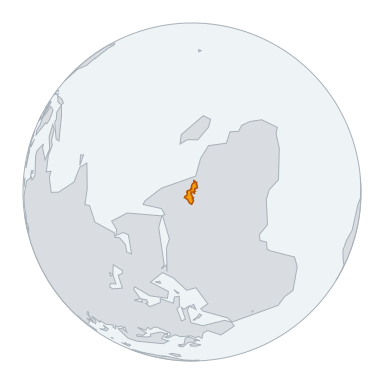 Eastern highlighted on a globe, orthographic projection, rotated 207°
{"feature_id": "KEN-889", "entity_name": "Eastern", "entity_type": "National Capital Area", "adm_level": 1, "iso_a3": "KEN", "parent_name": "Kenya", "parent_adm1": "", "projection": "orthographic", "projection_center": [37.864, 0.691], "detail": "fine", "context": "on_globe", "style": "filled", "palette": "amber", "viewbox_px": 384, "rotation_deg": 207, "n_neighbors": 0, "source": "natural_earth", "source_scale": "10m", "svg_char_len": 8907}
<svg xmlns="http://www.w3.org/2000/svg" viewBox="0 0 384 384"><g transform="rotate(207 192 192)"><circle cx="192" cy="192" r="169" fill="#eef3f6" stroke="#a8b0b8"/><path d="M23.6,178.8L23.5,179.6L23.2,187.0L23.1,191.4L23.4,192.8L23.4,195.8L27.0,200.9L31.1,208.7L32.4,219.0L31.9,230.6L38.3,255.5L39.2,263.2L44.0,273.2L48.8,281.7L42.8,271.3L37.6,260.6L33.1,249.5L29.4,238.1L26.6,226.4L24.6,214.7L23.4,202.7L23.0,190.8L23.6,178.8ZM320.6,82.4L321.9,84.0L324.3,87.0L330.6,95.3L331.4,96.6L327.1,90.6L324.7,87.8L322.1,84.5L322.6,86.1L318.9,81.4L321.0,85.5L324.5,89.5L325.5,89.4L329.0,95.6L335.0,103.4L340.0,112.3L344.4,127.0L342.4,130.9L343.2,133.8L340.1,130.1L339.5,135.6L347.8,153.4L348.8,158.5L346.1,167.5L345.4,163.7L337.4,153.8L338.4,165.8L344.5,176.6L346.7,189.0L343.1,184.8L340.5,173.9L337.7,170.1L336.7,159.5L331.0,143.8L327.1,146.4L325.8,140.3L317.3,127.7L310.8,131.3L301.7,147.2L303.2,163.1L298.8,170.1L286.7,147.0L281.7,132.0L277.1,133.4L264.8,121.1L242.9,120.4L240.0,116.6L235.8,118.4L227.3,114.8L223.0,108.9L217.7,109.3L229.2,125.0L234.9,124.7L240.0,118.6L242.1,124.4L250.4,129.6L240.3,143.8L208.1,157.0L205.5,145.2L183.6,114.3L184.5,110.9L184.5,110.6L184.2,109.9L181.7,115.4L178.1,109.7L189.3,130.6L190.9,140.0L207.7,157.7L206.0,159.6L211.5,163.4L229.9,158.7L229.9,162.8L220.9,181.6L195.9,207.8L199.6,225.6L198.3,240.8L183.5,251.1L185.5,262.9L178.0,267.2L178.0,273.9L172.4,281.1L162.7,288.0L145.3,288.4L143.7,282.3L134.1,270.6L120.5,242.2L124.2,229.1L122.4,219.0L109.9,197.1L112.6,184.7L109.4,179.7L102.8,181.2L99.2,175.2L95.3,175.2L71.1,180.6L64.3,173.1L57.3,150.2L62.1,140.6L63.8,130.1L97.1,94.5L103.2,96.0L128.2,90.9L131.2,92.0L127.1,99.6L145.0,108.5L152.1,102.0L169.4,107.0L181.7,106.8L188.0,92.8L167.9,92.7L165.6,86.2L182.5,80.4L200.1,81.5L199.8,79.0L189.5,73.5L194.5,69.3L186.1,71.3L188.8,73.7L183.6,75.3L180.8,73.3L182.7,71.7L177.6,70.7L170.0,79.2L171.9,82.6L158.1,84.3L160.0,90.4L156.0,93.3L151.2,84.3L152.4,81.0L142.7,72.3L140.2,75.8L149.1,84.5L145.9,83.9L142.6,89.5L142.6,84.7L133.5,75.1L121.6,77.8L104.9,92.3L98.3,94.0L93.5,91.8L101.3,77.7L115.1,75.7L118.1,71.5L116.7,66.1L121.0,66.2L122.2,64.0L127.5,63.4L136.5,57.9L142.2,57.2L147.1,51.1L150.6,50.1L146.7,53.8L147.0,56.4L161.3,55.7L164.5,54.4L166.5,50.7L170.2,51.3L170.3,47.9L179.2,46.7L168.5,45.6L170.6,42.1L176.7,39.6L175.4,38.5L165.5,42.7L163.3,44.7L164.5,46.5L156.7,52.8L151.5,54.0L152.4,47.4L145.1,48.7L148.9,43.7L173.3,34.1L182.8,32.7L195.6,36.7L192.6,38.5L186.5,37.7L190.9,41.2L191.1,39.6L194.2,40.4L197.0,37.9L199.3,38.4L198.0,35.5L201.1,35.8L201.9,37.7L208.6,35.1L215.5,35.7L215.9,35.0L214.4,34.0L224.1,35.9L224.0,35.3L220.8,34.4L218.5,32.8L218.2,30.9L221.5,31.6L222.1,32.4L228.4,35.5L229.4,38.0L230.7,38.1L230.7,36.2L223.0,32.4L221.9,31.1L226.0,32.6L224.4,31.9L224.9,31.6L228.5,32.0L224.2,30.3L225.0,27.1L232.1,28.3L235.7,29.6L239.8,30.0L244.9,31.5L257.3,36.1L269.2,41.7L280.7,48.2L291.7,55.6L302.0,63.8L311.7,72.7L320.6,82.4ZM84.6,111.7L83.4,114.8L84.6,111.7ZM218.3,90.5L229.2,91.4L225.2,82.9L229.0,82.7L226.2,80.1L224.8,82.3L218.1,75.5L223.1,73.4L222.3,70.1L218.5,69.7L210.4,74.8L220.0,84.3L217.1,87.7L218.3,90.5ZM123.2,54.2L124.5,55.2L121.7,57.7L114.6,60.0L118.5,56.3L123.2,54.2ZM127.1,56.3L129.9,49.8L134.5,48.5L131.4,50.2L134.2,50.1L130.0,52.8L131.6,58.5L129.3,61.2L117.3,63.2L122.5,60.9L120.9,59.8L127.1,56.3ZM129.0,40.1L130.3,38.5L138.5,37.6L136.4,39.3L129.1,41.3L127.4,40.6L129.0,40.1ZM127.0,36.0L134.0,33.3L133.3,33.5L136.5,32.4L135.8,32.7L137.8,32.0L153.0,27.6L168.6,24.7L167.7,24.9L170.4,24.5L174.1,24.2L173.7,24.5L170.5,24.7L172.4,25.2L167.6,25.7L168.1,25.8L164.2,26.5L160.3,27.6L158.3,27.9L157.7,28.3L155.1,29.0L153.5,29.7L149.4,30.5L147.2,31.5L146.4,31.3L143.7,32.9L143.9,32.1L140.5,33.3L142.2,33.5L123.4,38.5L115.5,42.0L108.8,45.7L109.9,44.5L116.9,40.6L125.7,36.6L127.0,36.0ZM135.2,89.1L137.6,89.4L141.5,88.9L139.5,92.7L135.2,89.1ZM128.8,82.6L131.0,82.0L130.1,86.7L127.6,86.7L128.8,82.6ZM133.1,78.1L131.2,81.7L130.8,79.7L133.1,78.1ZM148.9,53.3L151.5,52.8L151.4,53.6L149.7,55.0L148.9,53.3ZM178.3,27.9L176.9,27.5L177.9,27.3L178.0,26.1L181.6,25.9L182.9,26.6L178.3,27.9ZM184.1,95.1L180.2,97.8L178.5,96.5L180.2,95.8L184.1,95.1ZM158.4,95.0L163.9,96.7L157.8,96.0L158.4,95.0ZM182.3,27.5L181.9,27.0L183.9,27.3L182.3,27.5ZM184.2,25.8L186.7,25.9L182.1,25.8L184.2,25.8ZM249.6,319.9L250.6,322.0L248.0,322.1L249.6,319.9ZM227.6,238.3L216.6,265.1L208.5,265.2L206.7,257.3L210.6,241.1L219.9,236.5L224.5,229.2L227.6,238.3ZM356.6,220.4L357.1,221.5L357.0,222.3L356.6,220.4ZM356.2,217.2L357.1,217.9L355.7,218.9L356.2,217.2ZM357.4,218.2L358.2,217.1L358.7,216.0L358.4,217.6L357.4,218.2ZM355.4,217.0L349.7,215.5L347.0,212.9L348.0,210.1L352.5,211.6L355.4,217.0ZM347.8,210.0L343.1,201.2L333.7,177.0L337.2,177.6L346.3,192.5L345.8,194.9L348.7,201.8L347.8,210.0ZM357.6,196.8L357.0,204.2L354.3,202.8L352.8,201.3L351.8,191.4L352.4,186.7L353.8,187.1L356.8,172.0L358.3,176.4L357.8,182.8L358.9,189.7L357.6,196.8ZM304.0,164.7L308.1,174.4L305.5,175.9L304.0,164.7ZM356.4,161.3L356.3,167.8L355.9,159.0L356.4,161.3ZM355.2,153.0L356.0,156.5L354.9,152.9L355.2,153.0ZM344.6,138.5L343.3,139.0L342.5,136.6L343.7,134.6L344.6,138.5ZM343.8,120.0L346.7,126.8L347.5,129.0L345.5,124.7L343.8,120.0ZM212.3,28.3L208.1,29.9L207.4,31.6L210.8,33.2L204.3,31.9L205.3,29.2L212.3,28.3ZM223.1,27.0L220.1,26.1L222.6,26.5L223.6,26.7L223.1,27.0ZM220.5,26.5L214.7,25.7L213.8,25.2L218.5,25.9L220.5,26.5ZM198.4,25.6L196.9,26.0L195.4,25.7L198.4,25.6ZM334.1,283.3L328.3,289.3L328.3,287.3L331.8,282.4L338.9,266.8L339.2,267.3L343.4,257.0L349.9,249.1L355.7,233.6L355.5,234.6L351.6,247.4L346.7,259.8L340.9,271.8L334.1,283.3ZM357.8,222.2L359.0,216.8L359.1,216.7L357.8,222.2ZM360.7,201.3L360.6,203.2L360.6,201.4L360.7,201.3ZM359.4,191.6L359.7,196.4L360.4,194.0L359.8,197.8L359.8,206.0L359.4,208.8L359.6,200.0L358.8,208.5L358.4,208.1L358.6,200.6L359.3,191.8L359.7,188.4L360.7,187.9L359.4,191.6ZM361.0,192.7L360.9,189.0L360.8,185.9L361.0,192.7ZM360.0,175.7L358.9,169.1L358.7,171.1L358.4,163.4L359.6,170.9L360.0,175.7ZM357.9,162.0L357.8,163.7L357.4,159.2L357.9,162.0ZM357.3,161.6L356.4,157.4L357.0,158.2L357.3,161.6ZM358.1,162.4L356.8,155.4L357.7,159.7L358.1,162.4ZM354.1,148.1L356.6,155.5L354.7,151.8L351.0,138.6L351.5,138.6L354.1,148.1Z" fill="#d9dde1" stroke="#a8b0b8" stroke-width="1"/><path d="M187.2,180.9L187.3,181.0L188.3,180.9L188.4,181.0L189.0,181.0L189.4,181.1L189.5,181.2L189.6,181.3L189.8,181.4L192.3,183.1L192.5,183.2L192.5,183.3L192.8,183.4L193.5,183.4L193.9,183.4L194.0,183.3L194.3,183.4L194.4,183.5L194.5,183.5L195.0,183.7L195.3,183.7L195.5,183.6L195.9,183.8L196.0,183.8L196.2,183.7L196.3,184.3L196.3,184.6L196.3,185.0L196.2,185.1L196.0,185.3L195.9,185.4L195.7,185.4L195.7,185.5L195.3,186.4L195.2,186.5L195.1,186.8L195.1,187.0L195.2,187.5L195.2,187.8L195.3,187.9L195.3,188.0L195.5,188.4L195.7,188.5L195.8,188.7L195.9,188.8L196.0,189.0L196.4,189.2L196.4,189.3L196.5,189.4L196.6,189.5L196.2,189.7L196.2,189.8L196.7,191.1L196.3,191.3L196.1,191.5L195.9,191.8L194.8,192.3L194.7,192.4L194.7,192.5L194.4,192.6L194.6,193.4L194.6,193.5L194.6,194.2L194.4,194.2L194.1,194.1L193.9,194.2L193.8,194.3L193.7,194.2L193.6,194.3L195.0,196.6L195.3,197.4L195.3,199.0L195.2,199.2L195.3,199.7L195.3,199.8L194.7,200.9L194.7,201.0L194.4,201.1L195.5,202.9L195.4,202.9L195.3,203.0L195.2,203.0L194.9,203.0L194.7,203.1L194.3,203.0L194.3,202.9L194.2,202.9L193.9,202.8L193.7,202.8L193.6,202.7L193.4,202.6L193.2,202.3L193.2,202.2L192.9,202.1L192.7,202.0L192.3,202.2L192.2,202.3L192.2,202.2L191.2,201.0L191.2,200.9L191.3,200.8L191.4,200.6L191.5,200.5L191.4,200.4L191.2,200.4L191.0,200.2L190.9,200.2L190.7,200.1L190.3,199.9L190.2,199.8L190.0,199.7L189.9,199.5L189.9,199.4L189.9,199.2L189.4,198.7L189.4,198.3L189.2,198.3L189.1,198.2L189.3,197.9L189.6,197.9L189.9,197.6L190.0,197.4L190.1,197.2L190.3,197.2L190.5,197.1L190.6,196.9L190.4,196.9L190.3,196.7L190.2,196.6L190.2,196.3L190.3,196.3L190.5,196.4L190.9,196.2L190.9,195.8L190.8,195.7L190.7,195.6L190.7,195.3L190.4,194.5L189.8,194.0L189.7,194.0L189.8,193.9L190.1,193.8L190.5,193.4L190.6,193.1L190.6,192.9L190.5,192.5L190.4,192.5L189.1,192.3L189.0,192.2L189.2,191.9L189.3,191.8L189.6,191.8L189.6,191.7L189.8,191.7L189.9,191.8L190.0,191.8L190.3,191.9L190.4,192.0L190.5,192.1L190.6,192.3L190.8,192.3L191.0,192.3L191.4,192.2L191.5,192.1L191.8,192.0L192.0,191.9L192.3,191.8L192.4,191.7L192.6,191.7L192.5,190.7L192.3,190.4L192.2,190.3L192.2,189.9L192.0,189.6L191.9,189.6L191.7,189.7L191.6,189.8L191.4,189.8L191.2,189.8L190.9,189.3L190.7,189.2L190.6,188.8L190.4,188.7L190.2,188.4L190.0,188.2L189.9,188.1L189.6,188.1L189.4,188.1L189.3,187.9L189.2,187.5L189.0,187.3L188.9,187.3L188.7,186.6L188.5,186.8L188.4,186.9L188.3,187.0L188.3,186.9L188.2,186.9L188.2,187.0L188.1,186.9L188.1,186.6L188.0,186.4L187.9,186.3L187.8,186.2L187.7,185.9L187.7,185.7L187.4,185.5L187.3,185.4L187.2,185.2L187.2,185.3L187.0,185.2L186.9,185.2L186.9,184.8L186.9,184.7L186.7,184.5L186.6,184.4L186.7,180.9L187.1,180.9L187.2,180.9Z" fill="#f59e0b" stroke="#b45309" stroke-width="1.5"/></g></svg>